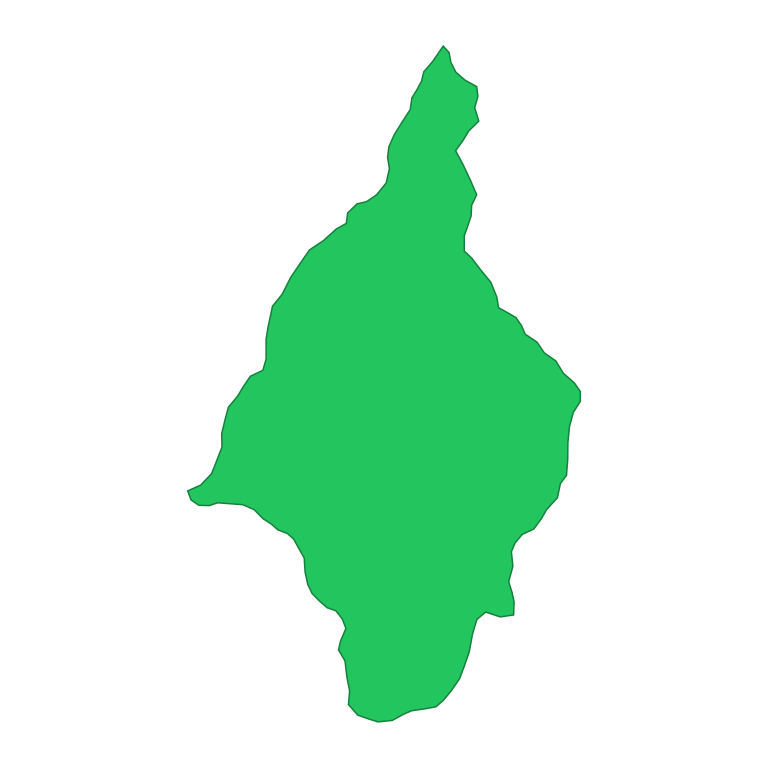 the district of Bilac, São Paulo, Brazil
{"feature_id": "56859067B71292671685512", "entity_name": "Bilac", "entity_type": "district", "adm_level": 2, "iso_a3": "BRA", "parent_name": "Brazil", "parent_adm1": "São Paulo", "projection": "albers", "projection_center": [-50.48, -21.416], "detail": "fine", "context": "isolated", "style": "filled", "palette": "green", "viewbox_px": 768, "rotation_deg": 0, "n_neighbors": 0, "source": "geoboundaries", "source_scale": "gbopen_adm2", "svg_char_len": 1776}
<svg xmlns="http://www.w3.org/2000/svg" viewBox="0 0 768 768"><path d="M187.7,490.9L191.0,499.9L198.8,505.3L209.4,505.6L217.6,502.8L242.8,504.7L254.2,509.7L263.0,518.7L271.2,524.0L278.1,530.0L287.3,533.4L293.7,539.2L304.2,558.0L305.1,572.2L307.8,584.5L312.1,593.5L319.2,600.8L327.1,607.7L335.9,610.8L342.3,619.0L345.9,628.4L340.5,641.1L338.5,649.9L345.0,660.9L346.9,677.2L349.6,690.8L348.5,704.6L357.8,715.2L368.7,719.0L378.0,721.9L392.3,720.4L402.8,714.6L411.4,710.8L425.7,708.7L435.9,706.8L443.5,700.2L451.8,690.1L459.6,678.7L464.6,665.3L469.3,651.7L472.5,634.2L476.9,619.4L485.7,612.1L500.3,616.9L513.6,615.0L514.1,601.8L512.0,592.4L508.7,581.6L512.9,566.3L511.4,551.7L515.2,542.7L522.3,534.4L533.8,529.0L541.1,519.1L546.8,509.3L557.4,497.8L560.4,483.6L566.5,475.3L567.7,459.9L567.9,442.7L569.5,426.5L573.3,412.5L580.3,401.4L580.3,391.4L574.4,383.0L563.3,373.2L555.8,360.9L544.4,353.0L537.0,342.1L525.2,334.2L521.5,325.6L516.1,317.7L508.3,313.1L498.6,307.7L496.8,297.0L490.8,282.2L480.2,269.3L472.0,258.4L464.3,251.1L464.3,235.7L468.3,224.4L471.1,216.0L471.7,205.2L476.7,194.8L470.2,179.7L462.9,164.3L455.6,150.7L462.9,140.7L468.8,130.9L478.8,121.1L474.7,107.7L477.9,96.4L476.7,86.6L465.1,80.2L455.9,72.2L450.9,62.4L449.1,52.6L443.2,46.1L432.7,61.4L423.8,71.8L421.6,81.0L417.3,89.1L411.9,97.9L410.2,109.6L401.8,122.5L394.4,134.4L388.9,146.7L387.6,157.4L389.4,168.7L386.2,182.9L376.6,194.8L366.5,201.7L356.9,203.9L347.6,213.1L346.3,223.4L336.3,229.0L323.3,240.7L309.5,249.9L300.9,262.4L290.8,277.2L282.0,294.5L272.5,306.2L267.9,327.9L266.1,339.2L266.1,349.9L266.1,359.0L262.9,370.3L250.4,376.2L243.3,386.6L237.7,396.0L228.4,407.2L225.2,419.1L221.7,433.5L222.0,447.1L215.8,463.0L211.5,473.8L200.6,485.1L187.7,490.9Z" fill="#22c55e" stroke="#15803d" stroke-width="1.5"/></svg>